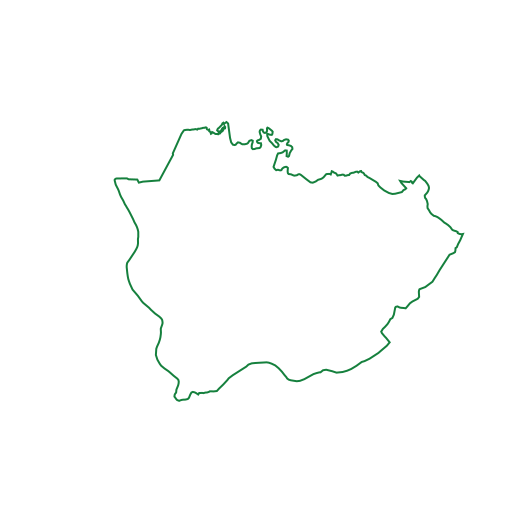 Kampong Trach, Kâmpôt, Cambodia, rotated 127°
{"feature_id": "14789045B82018402727436", "entity_name": "Kampong Trach", "entity_type": "district", "adm_level": 2, "iso_a3": "KHM", "parent_name": "Cambodia", "parent_adm1": "Kâmpôt", "projection": "mercator", "projection_center": [104.456, 10.519], "detail": "fine", "context": "isolated", "style": "outline", "palette": "green", "viewbox_px": 512, "rotation_deg": 127, "n_neighbors": 0, "source": "geoboundaries", "source_scale": "gbopen_adm2", "svg_char_len": 6138}
<svg xmlns="http://www.w3.org/2000/svg" viewBox="0 0 512 512"><g transform="rotate(127 256 256)"><path d="M310.1,134.5L306.9,133.7L304.6,131.5L302.2,125.9L300.7,121.5L296.5,117.0L292.8,114.2L289.0,112.0L283.3,109.7L277.0,107.8L274.7,106.1L269.7,103.5L259.8,99.9L256.5,99.2L248.9,97.5L244.5,97.3L243.1,102.9L242.8,104.9L241.8,109.1L241.0,110.5L237.9,110.8L234.8,110.3L231.2,110.0L228.5,110.2L225.6,110.7L223.4,109.8L219.9,110.6L213.3,113.8L212.4,113.7L211.1,112.6L210.7,110.3L210.0,108.9L208.5,106.5L207.7,105.0L205.5,104.8L201.1,104.6L198.2,103.7L192.8,101.1L190.5,101.1L186.6,104.4L185.1,105.2L184.1,105.4L178.9,102.1L174.4,100.8L170.4,99.6L166.0,100.0L162.5,100.2L156.6,100.9L138.5,102.2L135.0,100.1L133.2,99.4L131.7,100.0L129.6,101.4L128.2,100.9L124.7,101.8L120.6,102.4L113.9,104.0L115.0,105.0L115.9,106.7L116.3,108.6L115.5,109.4L115.8,111.2L116.4,112.7L116.9,114.4L116.9,115.3L116.0,118.1L115.7,121.1L115.8,124.2L116.0,125.6L115.6,129.7L115.6,132.0L115.7,134.4L116.2,136.6L116.9,138.2L116.8,141.3L116.3,143.3L115.4,145.2L114.5,147.8L113.0,149.1L111.2,150.1L109.2,152.5L108.1,154.5L107.9,155.7L107.1,156.8L106.0,157.7L102.4,157.4L100.6,157.6L99.6,157.9L98.2,158.4L97.1,159.2L96.1,160.5L95.2,162.6L94.2,166.1L94.3,167.5L93.8,173.5L93.5,174.1L96.6,174.6L103.6,174.5L103.6,175.4L102.9,176.3L103.0,177.5L104.6,177.9L108.0,183.3L109.3,186.1L110.2,183.8L111.5,176.8L112.8,176.9L114.7,177.9L115.9,177.9L117.2,178.0L122.5,182.3L124.4,184.4L125.7,187.8L126.5,193.1L126.4,198.0L126.0,200.7L124.7,202.6L124.6,204.9L125.4,212.4L125.8,214.5L125.5,216.3L125.9,217.9L125.3,219.1L125.0,220.3L125.5,222.3L124.9,223.2L125.5,223.8L126.0,224.0L127.8,224.5L127.7,225.9L128.7,227.0L130.9,228.3L131.6,229.2L133.4,230.4L135.3,230.4L136.4,231.6L137.5,232.3L138.5,233.5L138.3,234.8L139.1,236.1L140.5,237.1L141.5,238.3L142.7,239.3L142.1,241.0L141.9,242.0L142.4,243.7L142.4,245.5L142.7,246.5L144.5,245.8L145.9,245.4L146.0,246.4L147.8,248.7L148.6,249.2L152.4,249.4L154.2,249.9L155.4,250.5L157.8,252.3L160.4,253.1L162.0,254.0L163.3,254.8L164.4,256.8L164.4,262.1L164.2,268.8L164.3,269.8L164.6,270.7L165.4,271.4L166.8,271.9L167.6,272.6L168.8,273.8L169.2,275.0L169.7,277.2L170.9,279.3L170.7,280.3L169.7,281.4L168.9,282.0L167.6,282.8L166.5,283.5L166.4,285.2L167.2,286.2L168.7,287.2L170.3,287.6L171.1,287.6L171.8,287.4L172.5,287.6L173.0,288.2L173.4,288.9L173.9,290.4L175.3,291.5L175.1,293.7L174.3,295.6L171.4,296.6L167.2,298.0L162.9,299.7L160.8,300.1L159.0,298.3L157.2,297.1L154.1,296.3L153.3,294.9L155.6,293.1L157.8,291.7L157.4,290.1L156.3,289.8L153.5,291.0L150.4,291.4L148.6,291.3L147.3,292.6L147.1,294.4L147.8,296.4L148.6,297.9L148.2,298.6L146.8,298.9L145.3,298.7L144.1,299.3L143.8,300.4L144.7,302.2L146.4,303.4L148.0,303.8L149.2,304.8L149.8,307.3L149.9,309.0L150.7,310.4L152.0,310.3L152.8,308.9L152.8,306.7L153.6,304.8L155.2,304.2L156.7,305.0L157.1,305.9L157.0,308.2L156.3,310.9L155.8,314.4L153.5,319.0L152.2,320.2L151.5,320.5L150.8,318.0L149.8,316.3L148.6,316.4L146.7,317.5L146.4,318.6L146.3,321.0L146.3,322.9L146.6,324.1L147.4,324.1L149.5,322.4L151.4,322.2L152.4,323.0L152.7,324.2L152.2,325.6L151.2,326.7L152.1,328.2L153.4,328.4L154.7,327.8L156.4,325.6L157.4,323.8L159.5,322.7L161.5,323.4L162.7,324.3L163.7,324.4L164.4,323.4L164.5,322.6L163.9,321.2L163.0,319.9L164.2,318.6L166.1,317.9L167.6,318.1L169.9,320.6L171.4,321.5L172.6,322.9L172.4,324.2L171.0,325.5L169.4,326.4L167.2,327.1L165.9,328.0L166.2,329.4L168.0,330.6L170.7,330.4L171.8,330.8L173.5,332.2L175.0,334.2L175.2,335.3L175.2,336.9L176.1,338.8L178.0,339.2L179.4,339.2L180.3,339.9L181.0,341.4L180.2,344.2L177.3,347.8L167.0,358.0L166.8,360.2L168.3,360.7L169.9,361.1L169.3,362.3L170.2,362.6L171.1,362.4L171.8,362.2L175.9,362.7L177.3,363.1L179.0,362.7L179.2,361.8L179.0,360.9L178.5,360.1L177.8,359.5L177.1,359.3L174.6,359.7L173.6,359.6L172.2,358.9L171.3,359.1L171.6,358.2L172.6,357.6L173.1,358.3L176.2,357.9L177.9,358.4L178.5,358.7L179.4,358.5L179.7,360.1L180.5,359.8L180.9,359.2L181.6,359.5L181.8,360.3L182.4,361.0L182.8,361.6L183.0,362.3L183.2,364.7L183.4,365.6L184.8,365.2L185.5,365.5L184.6,366.8L184.4,367.6L184.5,368.4L183.8,368.8L183.2,369.5L183.9,369.9L184.2,370.7L184.3,371.4L183.9,372.1L183.3,372.6L183.4,373.4L183.9,373.9L184.6,374.3L185.6,375.5L186.3,375.9L188.7,378.0L189.1,378.8L190.4,379.0L190.9,380.5L192.8,382.3L193.3,383.0L195.2,384.6L196.1,386.4L196.8,387.0L197.2,387.7L197.8,388.1L198.4,388.8L199.1,389.2L203.3,389.0L224.1,384.2L225.1,383.1L253.8,378.7L264.7,391.1L267.9,393.7L266.4,396.8L271.4,403.9L271.7,405.8L277.6,413.5L278.2,414.2L279.1,414.7L280.3,414.7L281.0,414.0L283.4,411.0L284.3,409.2L285.6,406.5L286.5,404.9L288.8,401.5L290.1,399.1L291.6,395.5L293.6,391.8L294.2,390.1L295.0,388.3L295.8,386.2L297.1,383.3L300.5,376.4L302.2,373.4L303.5,370.4L304.6,368.4L305.9,366.5L307.5,364.6L311.6,361.5L313.5,360.5L316.8,357.9L318.8,356.8L320.5,356.2L322.6,355.8L325.6,355.4L335.7,354.8L338.1,354.8L339.1,354.7L340.2,354.2L341.6,353.4L342.8,352.5L347.2,348.4L349.4,346.2L351.2,344.2L352.5,342.4L354.1,340.0L357.1,334.4L358.9,326.3L360.9,319.9L361.3,317.9L361.7,310.3L362.2,307.4L362.7,302.0L362.6,296.8L362.9,294.2L363.4,292.7L364.3,291.6L365.7,290.3L367.0,289.7L370.8,288.5L371.5,288.2L374.4,285.8L376.0,284.8L378.5,283.4L380.8,282.4L383.8,281.4L387.9,280.5L390.1,279.8L395.3,276.4L398.1,272.4L400.0,268.0L400.7,265.7L400.9,261.4L400.7,256.7L400.8,254.7L401.2,249.7L401.3,245.1L401.7,243.4L402.8,242.1L404.4,241.1L406.2,240.3L410.7,239.1L412.3,238.1L413.2,237.6L414.5,237.7L415.9,237.4L417.4,236.5L417.6,235.7L418.3,233.5L418.5,232.3L417.9,230.2L416.7,229.5L415.5,228.6L414.4,227.5L413.3,226.1L411.9,224.9L411.2,224.4L409.6,224.2L406.2,225.1L403.9,225.4L402.6,224.7L401.8,222.9L401.5,221.1L401.4,218.8L399.6,218.9L397.6,216.4L397.1,215.4L395.6,214.3L394.4,212.9L393.0,211.9L391.8,211.4L389.6,208.3L387.4,206.0L384.0,205.7L378.3,204.8L372.3,204.2L370.1,204.2L365.2,202.8L350.2,197.2L347.3,196.7L344.3,194.8L341.8,192.1L334.6,183.6L333.5,181.6L332.6,178.8L331.8,174.8L332.0,170.4L332.8,165.7L333.9,161.7L334.5,158.9L335.1,157.3L335.0,155.2L334.3,153.4L331.5,148.1L329.3,145.8L325.3,143.3L315.7,139.0L313.1,137.2L310.7,135.3L310.1,134.5Z" fill="none" stroke="#15803d" stroke-width="2"/></g></svg>